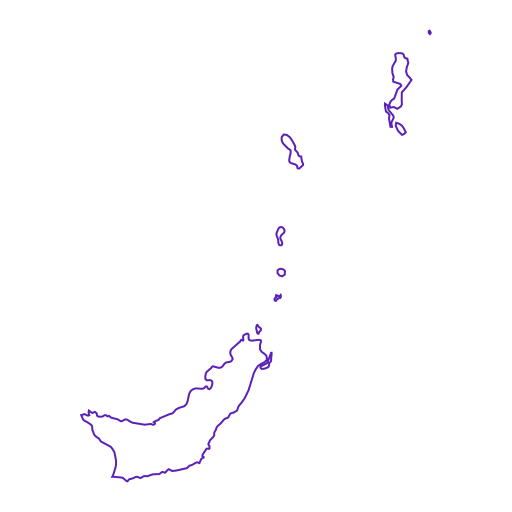 map outline of Sulawesi Utara (Natural Earth projection)
{"feature_id": "IDN-513", "entity_name": "Sulawesi Utara", "entity_type": "Province", "adm_level": 1, "iso_a3": "IDN", "parent_name": "Indonesia", "parent_adm1": "", "projection": "natural_earth1", "projection_center": [125.095, 2.916], "detail": "fine", "context": "isolated", "style": "outline", "palette": "violet", "viewbox_px": 512, "rotation_deg": 0, "n_neighbors": 0, "source": "natural_earth", "source_scale": "10m", "svg_char_len": 5789}
<svg xmlns="http://www.w3.org/2000/svg" viewBox="0 0 512 512"><path d="M81.2,415.1L82.5,414.8L84.4,414.1L88.0,415.7L89.3,415.2L88.9,414.2L88.6,412.0L88.9,410.6L90.8,412.1L92.3,413.0L94.8,411.9L96.4,413.1L96.9,414.1L96.9,415.0L97.2,415.8L98.2,416.5L99.1,416.7L101.4,416.7L102.3,416.5L103.2,416.2L103.9,415.6L104.7,415.2L105.9,415.2L106.6,415.6L107.1,416.2L107.8,416.4L108.9,415.8L111.3,417.7L117.7,419.3L120.4,421.0L121.5,421.3L124.4,419.8L125.7,419.3L127.4,419.8L130.9,422.0L132.5,422.7L144.7,424.7L150.6,424.0L151.4,424.2L153.1,424.8L153.8,424.7L154.7,424.1L155.0,423.4L154.7,422.7L153.8,422.1L155.1,421.2L158.5,419.9L159.9,418.2L169.6,414.1L172.4,413.4L173.6,412.3L175.7,409.7L178.5,408.1L184.3,406.2L186.4,404.2L187.7,400.9L189.1,394.0L190.5,391.2L191.5,390.3L192.8,389.4L194.4,388.7L196.2,388.4L201.9,388.8L203.6,388.4L204.4,387.9L205.0,387.1L205.6,386.5L206.6,386.4L207.2,386.9L207.6,387.9L208.2,388.8L209.2,389.2L210.5,388.4L211.6,386.5L212.3,384.2L212.4,382.3L211.6,380.7L210.2,380.1L206.8,380.3L205.4,379.1L205.3,376.5L205.8,373.8L206.6,372.0L211.2,368.0L211.9,366.9L212.8,366.3L219.0,367.9L221.2,367.4L222.5,366.4L224.6,363.5L226.1,362.5L229.7,361.9L231.4,361.1L232.7,359.0L232.1,357.2L230.9,355.3L230.2,353.2L230.6,350.7L231.5,349.1L240.1,341.5L240.9,340.2L241.3,339.8L242.9,340.6L243.3,340.2L243.1,336.7L243.3,335.7L244.2,334.9L246.0,333.9L247.8,333.6L248.6,334.7L248.6,338.8L249.3,340.0L250.9,340.6L252.7,340.6L258.3,339.8L260.7,340.2L261.1,341.3L259.9,345.3L260.1,349.5L261.8,352.0L264.2,353.6L266.3,355.6L267.1,359.5L264.6,362.1L260.9,364.0L258.1,365.9L255.6,369.5L253.9,373.0L248.5,390.4L244.4,398.7L241.6,402.6L238.8,405.9L238.4,406.7L237.5,409.2L237.3,410.0L236.8,410.7L233.8,412.5L231.0,413.3L230.2,413.8L229.6,414.8L228.2,417.4L227.5,417.9L225.4,418.5L223.7,419.8L220.7,423.4L217.8,425.9L216.6,427.4L215.7,430.2L214.5,432.1L214.2,433.3L214.2,434.8L214.2,435.5L213.1,437.1L210.0,440.3L209.3,442.1L208.7,443.0L208.4,444.1L208.6,445.0L209.3,445.8L209.5,446.6L209.5,448.4L209.1,448.8L207.3,448.7L206.6,448.7L206.2,449.2L202.7,454.5L202.4,456.1L203.6,456.9L203.6,457.6L201.9,458.3L200.9,459.7L199.4,463.1L197.1,462.3L195.0,463.1L193.1,464.4L191.5,465.1L189.4,465.7L187.0,468.1L176.5,470.5L172.2,471.0L168.7,469.2L167.6,470.0L165.1,472.7L162.8,472.0L162.1,472.0L161.3,472.5L159.7,473.8L158.9,474.1L153.3,474.3L151.5,474.7L147.9,476.1L147.0,476.2L144.1,476.1L142.6,476.8L141.1,477.8L140.4,478.1L139.4,477.7L138.3,477.2L137.2,476.8L135.4,477.1L132.4,478.5L129.5,479.1L128.7,479.8L127.5,481.3L126.9,481.3L126.1,480.7L123.3,478.2L122.1,477.6L113.1,476.7L112.3,476.8L113.3,474.5L115.3,468.2L116.0,465.0L116.1,461.9L115.7,458.6L114.4,452.3L112.7,449.3L110.8,446.8L100.9,441.5L99.0,438.6L96.3,436.8L95.0,435.6L94.2,434.7L92.3,429.7L92.2,426.9L92.1,426.2L91.6,425.3L90.5,424.3L86.5,421.7L85.5,421.3L83.3,419.8L81.4,415.7L81.2,415.1ZM407.1,75.0L409.6,77.5L411.5,79.9L406.5,87.1L401.8,92.4L401.7,99.5L401.9,104.4L400.9,106.4L397.4,108.8L393.6,107.0L390.3,107.7L389.3,104.7L390.3,102.1L391.6,100.3L394.2,98.5L397.4,89.6L401.3,85.8L400.3,84.0L399.0,83.5L397.4,83.0L393.3,81.7L393.0,79.4L393.7,77.3L393.0,74.8L392.6,73.8L392.3,72.6L392.3,71.4L392.1,68.4L392.8,65.8L395.7,60.8L395.8,60.1L395.9,59.0L395.8,58.0L395.3,55.8L395.2,54.6L396.2,53.6L398.3,53.1L400.6,53.1L402.4,53.5L403.5,54.4L403.8,55.4L404.0,56.4L404.7,57.7L405.8,58.3L406.7,58.4L407.4,58.7L407.6,60.3L408.3,62.5L407.8,64.6L406.9,66.7L406.5,69.0L406.1,71.4L407.1,75.0ZM301.9,161.1L302.2,161.9L302.9,163.5L303.1,164.2L303.0,165.0L302.5,165.6L299.5,168.3L298.9,168.6L297.6,168.3L297.3,167.6L297.3,166.6L296.8,165.5L295.0,164.3L290.9,163.1L289.4,161.8L289.2,160.0L290.0,155.2L290.3,154.2L290.6,153.7L290.6,150.4L290.3,149.9L288.2,148.7L283.8,144.3L282.8,143.0L282.0,141.3L281.6,139.4L281.7,137.1L283.8,134.5L286.9,135.0L289.9,137.3L291.7,139.8L294.8,145.3L295.3,147.0L295.2,147.7L295.1,148.3L295.0,149.0L295.3,150.1L295.7,150.5L297.1,152.0L297.7,152.8L298.6,155.6L298.8,155.8L299.8,156.3L300.8,156.7L301.2,156.6L301.5,158.9L301.9,161.1ZM283.9,228.8L284.5,230.2L284.5,231.6L283.9,232.8L281.5,235.0L281.0,235.6L280.6,236.4L280.3,238.1L280.7,239.4L281.7,241.2L282.0,242.3L282.2,243.6L282.0,244.7L281.1,245.3L279.5,245.2L278.6,243.9L278.3,242.0L278.2,240.2L277.9,238.8L276.7,235.8L276.4,234.0L276.7,232.7L278.3,229.0L279.0,227.8L280.3,227.1L281.6,227.1L282.9,227.7L283.9,228.8ZM388.6,110.0L392.5,114.7L393.5,116.1L393.6,118.0L392.5,120.2L391.3,122.8L392.0,126.9L390.5,126.9L389.7,122.6L389.0,118.4L389.5,115.1L387.9,112.9L386.0,111.6L385.5,109.0L384.9,105.5L385.0,103.7L387.5,105.4L388.6,110.0ZM396.2,122.8L399.3,123.8L402.0,125.7L403.9,128.5L404.7,130.2L405.8,132.3L404.3,133.8L402.0,134.9L398.0,130.8L395.7,125.7L396.2,122.8ZM271.1,352.8L271.6,352.8L271.6,354.9L271.2,357.7L271.1,360.7L270.8,361.5L269.5,362.7L269.3,363.5L268.7,366.6L267.1,367.7L264.3,368.7L261.6,368.9L260.4,367.6L260.7,366.5L261.4,365.9L263.3,365.2L267.2,363.1L271.1,352.8ZM282.9,269.3L284.5,270.3L285.0,271.3L284.7,274.7L282.1,276.3L279.5,275.5L277.6,273.2L277.5,270.6L278.5,269.5L279.9,268.9L281.4,268.9L282.9,269.3ZM260.5,328.1L260.9,328.7L260.9,330.1L258.9,332.4L258.7,333.2L258.5,333.8L258.1,333.8L257.4,333.2L257.0,332.2L256.8,330.8L256.3,329.1L256.2,327.3L256.5,326.5L256.8,325.2L257.3,324.9L258.1,325.8L258.9,326.9L259.9,327.8L260.5,328.1ZM279.6,296.2L280.6,295.0L280.9,295.8L280.7,297.3L280.4,297.8L280.0,297.6L279.6,297.6L279.4,297.9L278.0,298.8L277.6,298.9L276.9,299.4L276.4,300.3L275.8,300.9L275.0,300.7L274.5,299.9L274.6,298.8L275.0,298.0L275.4,297.8L275.9,297.1L276.4,297.1L276.4,296.6L276.2,296.4L275.9,295.8L276.2,295.1L276.7,295.3L277.1,295.7L277.4,295.5L277.7,295.6L278.2,296.0L279.0,296.2L279.6,296.2ZM429.5,30.7L430.2,31.5L430.8,32.9L429.9,34.1L428.8,32.9L428.7,31.3L428.9,31.0L429.5,30.7Z" fill="none" stroke="#5b21b6" stroke-width="2"/></svg>